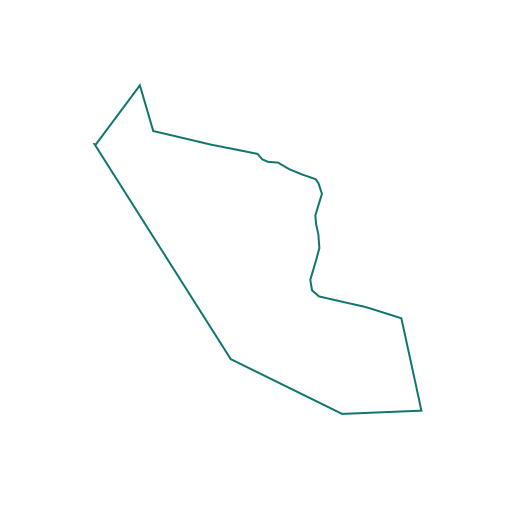 the district of La Haut, Praslin, Saint Lucia, rotated 72°
{"feature_id": "8701671B44259561788806", "entity_name": "La Haut", "entity_type": "district", "adm_level": 2, "iso_a3": "LCA", "parent_name": "Saint Lucia", "parent_adm1": "Praslin", "projection": "albers", "projection_center": [-60.907, 13.859], "detail": "fine", "context": "isolated", "style": "outline", "palette": "teal", "viewbox_px": 512, "rotation_deg": 72, "n_neighbors": 0, "source": "geoboundaries", "source_scale": "gbopen_adm2", "svg_char_len": 618}
<svg xmlns="http://www.w3.org/2000/svg" viewBox="0 0 512 512"><g transform="rotate(72 256 256)"><path d="M99.8,375.0L346.3,311.9L432.8,222.9L454.2,146.5L428.0,143.8L360.2,137.0L355.8,143.1L338.6,167.2L326.3,187.9L313.9,208.6L310.7,210.5L306.2,213.3L300.9,212.6L295.4,211.7L277.0,199.1L275.1,197.9L268.1,193.3L254.6,190.0L244.3,189.0L235.9,187.1L226.1,180.3L220.7,176.5L217.3,174.1L206.1,174.1L204.2,174.7L202.7,175.2L201.4,175.5L193.0,186.6L183.7,197.6L173.9,206.3L170.2,215.4L166.0,220.2L159.4,222.9L136.3,264.2L105.4,315.1L57.8,313.7L100.4,373.8L99.8,375.0Z" fill="none" stroke="#0f766e" stroke-width="2"/></g></svg>